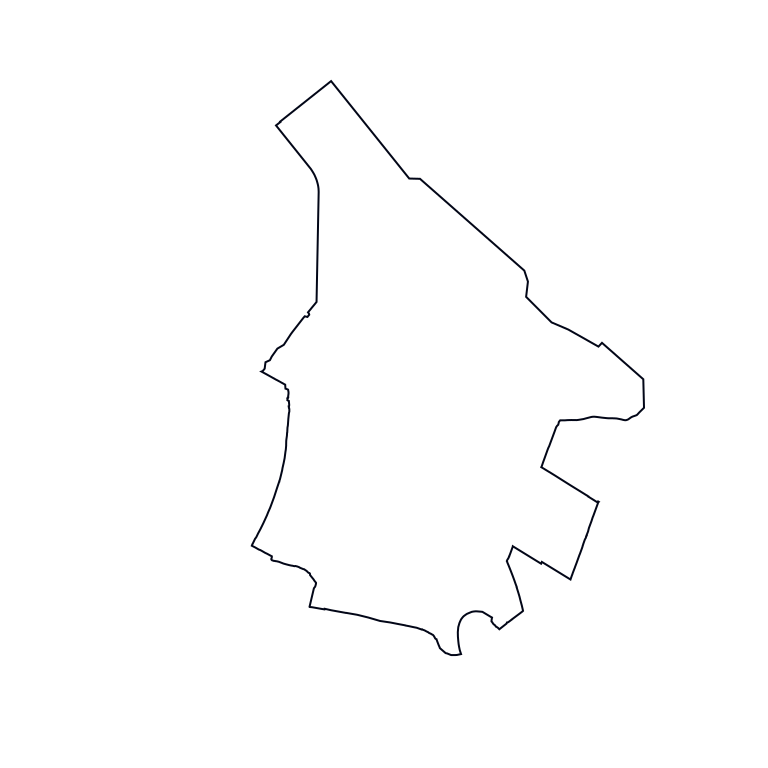 Kampen, Overijssel, Netherlands, rotated 51°
{"feature_id": "6326949B29767545609349", "entity_name": "Kampen", "entity_type": "district", "adm_level": 2, "iso_a3": "NLD", "parent_name": "Netherlands", "parent_adm1": "Overijssel", "projection": "equal_earth", "projection_center": [5.959, 52.551], "detail": "fine", "context": "isolated", "style": "outline", "palette": "ink", "viewbox_px": 768, "rotation_deg": 51, "n_neighbors": 0, "source": "geoboundaries", "source_scale": "gbopen_adm2", "svg_char_len": 5865}
<svg xmlns="http://www.w3.org/2000/svg" viewBox="0 0 768 768"><g transform="rotate(51 384 384)"><path d="M297.2,471.4L305.3,468.1L313.1,465.0L313.9,464.6L321.4,461.6L322.0,461.4L322.3,461.2L325.6,463.5L326.2,463.1L327.6,462.3L328.0,462.1L328.3,462.2L329.2,462.8L329.7,463.0L331.0,463.9L331.3,464.2L331.4,464.3L331.6,464.5L332.3,465.2L332.4,465.4L333.1,466.0L333.6,466.6L334.0,466.7L334.3,467.1L334.5,467.5L334.1,467.8L334.2,468.0L334.3,468.2L335.2,468.7L335.5,469.0L335.8,469.3L336.1,469.2L337.3,468.6L340.7,470.9L341.5,471.8L341.4,472.1L341.8,472.2L342.0,472.4L342.6,472.7L342.5,472.8L342.8,473.0L343.7,473.3L344.1,473.5L345.7,474.8L346.0,475.1L346.4,475.7L346.9,476.3L350.9,480.3L355.2,484.3L356.1,485.2L356.4,485.6L357.2,486.5L359.1,488.2L360.1,489.1L360.6,489.5L360.8,489.9L363.1,492.0L365.7,494.8L366.7,495.8L369.9,498.5L370.3,498.8L370.7,499.2L373.1,501.5L374.8,503.4L379.1,507.9L382.5,512.0L385.4,515.7L387.0,517.5L390.9,522.6L391.8,523.8L392.7,525.0L393.6,526.5L393.8,526.6L394.0,526.7L394.1,526.8L394.1,527.2L397.4,532.4L402.8,540.7L404.7,543.9L407.5,548.6L408.6,550.5L410.7,554.6L411.6,556.2L412.4,557.6L416.1,565.1L416.3,565.5L418.8,570.9L419.7,573.0L420.9,575.9L421.9,578.0L422.6,579.5L422.9,580.4L423.1,581.5L423.4,582.1L425.1,585.7L425.6,586.7L425.6,587.0L425.9,587.5L426.2,588.0L426.5,588.5L430.1,586.9L433.8,585.5L435.3,584.6L437.3,583.8L440.5,582.6L441.7,582.0L442.3,581.7L442.8,581.5L446.9,579.8L447.3,579.6L447.7,579.9L448.1,580.3L448.4,580.6L449.1,581.8L449.8,582.0L450.1,582.0L450.4,582.0L451.0,581.6L451.8,581.2L452.0,581.0L453.3,579.8L453.6,579.6L454.4,578.8L455.1,578.3L455.7,577.8L456.5,577.3L459.1,575.8L460.2,575.2L462.6,573.5L465.3,571.5L466.9,570.2L467.5,569.6L469.2,568.3L469.3,568.1L469.4,567.9L469.6,567.5L469.7,567.4L471.3,566.2L472.7,565.4L473.3,565.1L473.5,565.1L474.2,564.8L477.1,563.2L477.4,562.9L477.8,562.6L479.0,562.3L480.5,561.8L482.6,561.6L483.1,561.5L483.4,561.4L483.9,561.0L484.1,560.9L484.4,560.9L485.0,561.0L486.0,561.7L491.6,561.7L492.9,561.9L493.2,561.9L495.3,561.9L495.6,561.9L495.8,562.0L496.1,562.4L496.4,562.5L497.7,564.3L498.0,564.8L498.2,565.2L498.3,565.6L498.4,566.2L498.5,566.5L498.7,567.1L510.3,582.1L510.5,582.1L510.8,581.8L512.3,580.3L519.1,574.4L521.7,572.1L521.3,571.6L526.5,567.5L538.0,557.6L538.1,557.4L546.1,550.4L546.7,549.9L555.3,543.4L555.7,543.1L565.8,536.1L566.1,535.8L567.4,534.6L569.7,532.5L573.4,529.1L579.5,524.0L584.9,519.4L585.1,519.4L585.3,519.2L587.9,517.0L591.5,514.1L594.0,512.0L598.6,509.2L598.6,508.9L598.8,508.9L599.7,508.3L600.7,507.7L601.7,507.2L602.1,507.1L603.9,506.3L604.9,505.8L605.3,505.8L605.7,505.7L607.9,504.6L608.1,504.6L609.1,504.2L609.7,503.9L610.8,503.8L612.3,504.0L613.8,504.3L614.3,504.3L614.7,504.2L615.4,503.8L615.8,504.0L617.2,504.5L620.6,505.6L620.9,505.7L623.7,506.5L624.0,506.6L624.4,506.8L631.8,505.5L632.3,505.2L633.1,504.5L636.6,502.6L637.1,502.2L638.1,501.0L640.1,498.4L640.5,497.8L642.4,494.1L638.5,492.6L635.4,491.0L633.1,489.7L630.3,487.9L626.8,485.5L623.3,482.8L619.6,479.2L619.0,478.3L617.3,475.9L616.7,474.8L615.9,473.2L615.4,472.1L614.9,470.1L614.7,469.1L614.6,468.1L614.7,465.9L614.8,464.5L614.9,464.0L615.7,461.2L616.3,459.2L617.1,457.7L617.8,456.6L618.5,455.6L619.6,454.4L622.0,451.9L623.0,450.9L631.8,447.7L633.5,447.0L634.2,447.9L636.0,449.8L636.4,449.9L637.2,449.8L637.5,449.8L637.9,449.9L638.6,450.0L639.7,450.0L640.1,449.9L641.3,449.6L641.5,449.6L643.1,449.7L643.5,449.4L645.2,448.9L647.2,448.7L647.2,447.6L647.3,439.6L647.1,439.1L646.7,438.6L647.3,437.4L647.5,432.8L647.4,432.8L647.8,422.9L647.9,419.1L647.8,418.7L643.1,416.4L642.2,416.0L637.7,414.0L634.5,412.5L631.1,411.1L625.3,408.8L625.3,408.6L624.7,408.4L622.3,407.6L618.7,406.3L614.3,404.8L610.3,403.5L606.5,402.3L603.2,401.3L600.1,400.4L599.9,400.2L598.9,400.0L598.2,398.7L598.0,398.0L597.9,397.8L597.9,397.5L597.8,397.4L597.5,396.6L597.3,396.3L596.7,395.3L596.8,395.2L596.1,394.1L595.0,392.2L593.2,389.2L591.3,386.1L591.2,386.0L622.5,375.0L621.6,373.3L653.3,362.1L651.3,358.9L650.2,357.0L650.1,356.9L649.9,356.6L647.1,351.8L647.0,351.5L646.5,350.8L644.4,347.2L639.8,339.6L639.5,339.0L639.4,338.8L636.1,333.3L635.2,331.9L634.7,331.3L634.2,330.4L633.8,329.9L631.9,326.8L631.3,325.8L631.1,325.4L630.8,324.5L630.5,323.9L630.0,323.2L629.8,322.8L629.7,322.8L629.5,322.3L629.4,322.4L627.7,319.4L626.9,318.0L626.7,317.8L624.9,315.4L621.1,309.0L619.0,305.8L618.2,304.3L611.6,293.3L611.5,293.2L610.7,291.8L610.7,291.3L610.1,291.5L610.4,292.0L610.5,292.1L610.5,292.3L610.5,292.5L610.3,292.6L607.7,293.5L600.1,296.1L600.0,295.9L582.2,302.1L580.2,302.8L576.4,304.1L562.5,308.8L547.6,314.1L547.1,313.0L545.0,309.7L542.6,305.7L538.1,298.3L536.9,296.2L536.4,295.0L528.4,281.5L525.9,277.4L525.4,275.7L525.3,274.2L525.1,274.0L524.3,272.9L523.6,272.1L523.4,271.3L523.2,270.6L523.1,270.0L524.0,268.9L526.2,266.1L527.5,264.2L529.8,261.2L533.3,257.0L534.3,255.4L536.8,251.0L537.4,249.6L538.6,246.9L538.8,246.5L539.6,244.7L540.0,243.9L540.1,243.6L540.9,242.3L541.9,241.0L543.7,239.2L547.2,235.9L550.7,232.4L551.8,231.2L554.7,227.7L555.3,227.0L556.2,226.0L557.3,224.8L560.9,221.8L562.3,220.8L562.9,220.3L563.7,219.6L564.4,218.7L564.9,217.5L565.2,216.4L565.4,213.0L565.7,211.5L567.0,207.9L567.2,207.1L567.2,206.9L567.2,206.5L567.1,205.8L566.8,203.9L566.7,203.0L566.1,196.9L543.5,179.5L489.2,188.7L489.9,193.8L457.7,206.5L441.6,215.0L405.7,218.7L395.0,207.7L384.2,203.6L247.2,226.9L240.2,235.1L115.3,234.5L114.7,299.6L115.2,299.6L115.1,305.2L168.3,305.5L170.7,305.5L172.7,305.7L175.1,306.0L177.5,306.4L179.4,306.9L181.5,307.5L183.3,308.1L185.2,308.9L187.0,309.7L188.0,310.2L189.1,310.8L190.9,311.9L192.0,312.7L193.1,313.5L194.1,314.3L277.8,384.8L280.5,398.0L281.9,398.0L282.2,398.1L283.1,398.5L283.7,401.3L281.5,403.0L281.9,405.2L285.9,422.3L286.6,425.0L290.5,437.2L289.4,444.6L292.0,453.9L293.7,457.7L292.5,462.4L297.0,467.1L297.6,470.1L297.2,471.4Z" fill="none" stroke="#020617" stroke-width="2"/></g></svg>